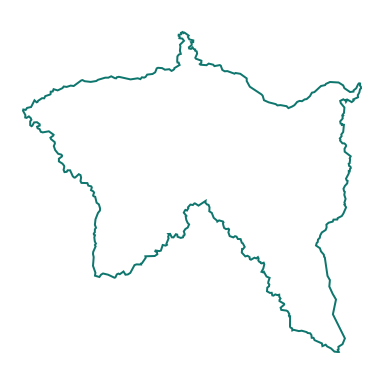 Sant'Ana do Livramento, Rio Grande do Sul, Brazil
{"feature_id": "56859067B62565689468111", "entity_name": "Sant'Ana do Livramento", "entity_type": "district", "adm_level": 2, "iso_a3": "BRA", "parent_name": "Brazil", "parent_adm1": "Rio Grande do Sul", "projection": "robinson", "projection_center": [-55.556, -30.804], "detail": "fine", "context": "isolated", "style": "outline", "palette": "teal", "viewbox_px": 384, "rotation_deg": 0, "n_neighbors": 0, "source": "geoboundaries", "source_scale": "gbopen_adm2", "svg_char_len": 5877}
<svg xmlns="http://www.w3.org/2000/svg" viewBox="0 0 384 384"><path d="M350.8,168.0L350.4,166.6L349.1,165.9L348.7,163.7L349.7,163.1L350.1,159.2L349.7,158.4L350.7,156.3L344.7,151.7L344.5,148.8L346.2,145.9L345.7,144.6L344.4,143.4L342.4,143.3L340.1,140.6L340.4,139.5L339.8,138.5L341.6,136.2L341.3,134.5L343.2,132.0L343.9,124.9L342.0,125.0L342.2,124.0L340.6,123.6L340.2,121.4L342.7,118.5L342.5,116.5L343.2,115.7L342.4,115.2L344.0,112.8L344.4,107.5L340.8,103.1L340.2,100.9L343.3,99.3L345.7,100.8L346.0,101.8L346.9,100.4L346.5,99.7L347.2,99.5L351.7,102.1L353.7,100.5L353.3,99.4L358.0,97.3L357.8,95.1L359.3,92.6L360.0,89.3L361.0,88.4L360.9,86.8L360.0,85.6L360.1,83.5L359.1,83.3L358.1,84.3L356.2,88.3L353.6,90.4L353.5,91.6L350.0,92.0L344.4,88.2L343.2,85.4L338.6,82.5L330.0,82.0L325.9,83.9L325.1,85.1L321.0,86.0L314.4,92.1L311.9,92.7L309.9,96.2L306.6,99.1L304.6,99.4L302.0,101.2L299.6,100.9L297.2,101.9L294.4,105.2L292.0,106.6L288.4,108.1L286.6,106.2L280.5,105.1L277.4,105.4L275.7,104.1L268.6,102.3L264.0,100.2L262.7,95.8L261.6,94.5L249.8,86.7L246.7,81.0L246.7,78.4L240.3,73.8L235.5,73.0L234.5,73.7L227.4,71.1L224.7,71.3L222.3,69.9L220.8,65.7L219.8,65.1L214.4,66.1L213.2,64.7L208.7,63.6L206.5,65.2L200.4,64.7L199.8,64.1L201.3,62.8L201.4,60.7L195.9,58.7L195.3,57.8L197.1,53.7L196.7,51.4L195.1,50.6L195.2,49.5L193.5,48.9L192.6,47.4L191.0,48.9L189.1,48.5L188.9,47.3L191.5,45.3L191.8,44.0L191.0,42.1L193.2,42.1L193.3,40.4L189.3,39.4L187.9,36.9L188.7,35.6L184.5,32.6L183.4,33.1L182.7,32.0L181.0,32.8L181.3,34.0L180.7,34.5L178.7,34.7L178.6,35.8L179.7,36.9L179.4,38.2L182.3,38.6L184.0,40.8L180.0,44.7L180.4,46.7L179.9,50.8L180.8,53.9L178.8,54.6L177.4,56.4L177.2,61.4L177.5,62.5L178.6,62.5L179.6,65.0L174.4,68.1L174.2,69.2L172.6,70.4L171.5,70.9L169.3,69.2L164.9,69.7L162.1,68.1L157.9,67.8L156.7,68.4L155.2,72.3L152.5,74.0L147.2,74.6L145.5,77.0L144.1,77.6L141.9,77.3L140.4,79.1L137.7,78.3L130.5,79.4L118.8,76.8L116.8,77.3L116.2,78.3L114.9,78.2L111.2,76.3L108.3,77.7L105.1,77.7L98.0,79.8L96.3,81.0L90.7,81.9L84.6,81.2L82.6,80.1L81.3,80.4L73.7,86.0L70.7,85.6L66.7,86.9L63.7,86.5L62.5,88.1L57.7,90.4L53.6,89.2L52.7,91.5L50.7,91.7L50.6,94.0L49.9,94.6L45.3,96.1L44.2,98.3L42.0,98.2L38.1,100.8L37.5,102.0L36.6,102.3L34.5,100.3L31.1,107.0L27.1,107.9L25.7,109.9L23.3,109.5L23.0,110.7L25.4,115.1L25.2,117.5L26.5,117.9L28.9,116.4L30.8,118.2L31.4,119.8L30.2,121.3L30.2,125.2L31.5,126.2L32.3,125.7L34.1,122.4L37.0,122.2L39.7,124.3L39.7,125.6L37.1,126.7L37.6,128.3L39.5,129.0L40.8,131.8L42.7,132.4L48.8,131.3L53.6,134.7L53.3,135.6L50.4,137.7L51.0,139.1L54.7,142.1L54.9,143.6L53.8,146.1L55.2,150.1L58.2,153.8L61.3,154.6L62.1,155.6L61.8,156.6L58.9,158.7L58.9,161.4L62.4,163.6L64.0,165.6L64.3,166.8L63.6,169.9L64.5,172.1L66.7,171.8L67.6,170.3L70.1,170.3L72.8,176.3L74.3,177.6L75.2,177.5L78.8,174.2L80.5,175.1L81.1,177.5L80.5,181.0L81.4,182.9L87.4,183.1L88.3,185.6L91.3,186.4L91.8,187.5L91.0,190.2L93.3,191.4L94.1,192.6L93.1,195.3L93.5,196.2L95.2,196.8L96.6,202.7L98.9,204.4L100.1,208.5L99.9,210.6L98.0,212.9L95.5,219.3L94.9,224.8L96.0,227.8L94.9,229.3L94.8,232.4L93.8,233.5L93.9,234.6L95.0,235.2L94.3,237.3L94.8,241.4L95.9,243.6L94.9,245.0L95.6,246.4L93.2,251.9L93.0,254.1L93.7,257.1L93.0,265.8L95.4,272.7L95.0,275.7L99.4,277.0L101.0,274.7L103.0,273.5L108.1,274.7L114.4,277.7L115.4,277.4L116.8,274.4L118.4,273.6L119.8,274.2L123.5,271.5L125.5,274.7L127.9,274.4L130.3,272.9L134.5,265.1L136.4,264.4L141.1,264.5L141.0,263.6L142.0,263.2L145.7,257.8L145.4,256.3L154.7,256.0L157.3,254.3L157.0,252.3L155.3,251.3L155.6,250.5L159.4,251.1L160.9,250.6L162.7,245.0L165.7,245.6L167.0,244.8L166.4,243.8L168.6,238.3L168.1,236.8L169.0,234.8L168.4,234.0L170.1,233.9L171.8,237.3L173.5,237.4L175.9,234.2L177.2,234.6L177.6,236.8L180.8,237.9L183.0,237.3L183.5,235.5L184.3,235.4L184.7,234.2L183.8,231.4L185.4,229.0L187.7,227.6L189.1,224.4L187.7,223.0L186.3,219.9L185.7,216.4L186.4,215.9L183.8,212.7L184.8,210.7L185.4,209.9L187.0,210.5L188.4,208.1L188.0,207.3L190.4,204.6L192.9,205.0L194.4,203.4L195.2,203.5L198.5,205.6L205.6,200.9L205.4,202.8L207.2,204.6L208.5,204.8L209.5,207.3L209.3,211.3L211.8,212.9L213.7,217.8L217.0,220.6L217.3,221.6L219.1,220.4L223.0,221.5L223.5,222.4L223.0,223.1L223.2,224.8L224.1,227.9L226.0,229.1L228.5,228.7L229.1,229.5L228.4,232.4L229.7,236.1L233.3,237.4L235.0,236.2L236.5,236.6L237.9,239.0L240.6,239.1L241.8,242.8L242.8,243.3L244.7,246.9L243.0,249.1L242.1,249.0L241.8,252.6L245.3,256.4L247.5,255.8L249.5,257.0L249.9,259.2L251.0,259.7L254.4,257.7L256.3,258.4L257.9,257.1L258.6,258.4L258.3,260.5L259.4,261.9L260.5,262.1L260.8,263.1L261.8,263.4L263.7,262.7L264.3,264.3L263.3,268.5L261.5,271.8L263.2,272.4L263.9,271.8L266.5,276.5L269.6,277.9L268.3,281.9L268.2,283.2L269.3,284.4L269.0,286.3L267.3,287.6L267.0,291.3L269.9,292.9L271.7,292.8L272.3,295.4L273.5,295.6L275.3,294.4L277.4,295.1L279.2,294.7L279.3,296.8L280.5,298.6L279.5,299.9L279.5,301.1L284.0,303.7L284.2,304.6L280.6,307.7L281.3,309.9L286.5,310.6L287.7,311.3L289.3,314.0L288.9,315.7L289.4,316.6L290.1,316.4L290.0,326.5L290.4,327.5L292.1,328.4L292.3,330.4L293.6,329.8L298.9,331.1L301.7,330.7L306.7,332.1L307.6,333.0L310.2,333.3L311.4,335.0L311.7,337.8L313.5,337.8L314.6,340.2L321.9,343.4L322.4,346.1L325.7,344.7L327.1,346.4L331.0,348.4L334.4,351.6L338.1,352.0L338.8,351.9L337.8,349.8L338.6,349.2L338.4,346.8L342.5,344.2L344.9,338.4L332.9,314.3L336.0,299.5L332.7,293.9L329.3,286.5L329.9,280.1L327.5,275.9L324.8,257.4L324.1,256.8L323.8,254.6L321.0,251.4L319.9,248.2L316.0,245.5L316.7,243.0L317.7,242.1L318.0,239.6L319.8,237.8L320.2,235.4L321.8,232.5L325.6,230.0L326.6,227.5L326.4,224.6L328.6,222.7L332.7,221.6L333.5,219.6L337.3,219.5L337.7,218.1L341.8,216.0L343.4,213.5L346.1,207.3L344.4,204.6L345.0,204.1L344.4,202.6L345.6,198.9L344.3,194.9L344.8,191.8L344.0,191.0L343.5,188.7L344.9,185.9L347.2,183.4L347.6,180.9L346.7,180.4L346.0,178.7L348.8,173.4L348.8,171.1L349.7,171.3L350.0,168.9L350.8,168.0Z" fill="none" stroke="#0f766e" stroke-width="2"/></svg>